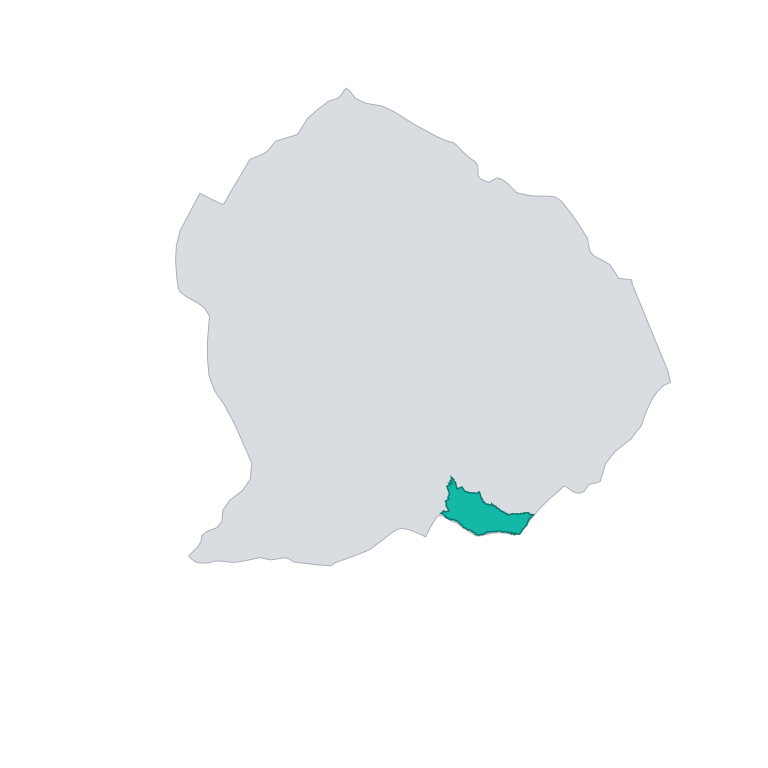 Mangwe, Matabeleland South, Zimbabwe shown in context, rotated 298°
{"feature_id": "62879985B72758591248620", "entity_name": "Mangwe", "entity_type": "district", "adm_level": 2, "iso_a3": "ZWE", "parent_name": "Zimbabwe", "parent_adm1": "Matabeleland South", "projection": "natural_earth1", "projection_center": [28.025, -21.012], "detail": "fine", "context": "in_parent", "style": "filled", "palette": "teal", "viewbox_px": 768, "rotation_deg": 298, "n_neighbors": 0, "source": "geoboundaries", "source_scale": "gbopen_adm2", "svg_char_len": 7733}
<svg xmlns="http://www.w3.org/2000/svg" viewBox="0 0 768 768"><g transform="rotate(298 384 384)"><path d="M520.0,636.1L514.4,631.8L506.6,629.1L496.8,627.8L483.9,628.3L468.2,630.7L451.3,627.8L433.2,619.8L418.2,617.0L400.3,620.5L399.5,620.6L396.4,617.9L391.5,612.0L383.3,611.0L381.1,609.6L379.3,607.5L378.1,604.7L377.7,601.6L379.0,592.0L378.3,590.9L376.1,589.8L371.6,588.6L360.9,584.2L347.3,580.0L325.3,575.4L316.8,574.2L314.8,572.8L312.3,569.2L308.1,558.2L304.1,550.9L294.6,539.7L293.1,536.2L293.6,527.3L294.3,520.1L295.3,514.0L294.8,508.2L294.7,501.1L295.0,496.4L293.7,494.3L290.3,492.9L280.5,492.2L268.6,492.5L268.3,485.3L267.1,474.1L264.9,467.6L262.2,464.3L256.7,460.8L245.7,456.0L230.6,448.8L217.8,438.0L203.0,424.6L198.4,422.3L192.9,409.7L184.6,388.2L185.1,381.1L183.8,377.6L175.8,367.0L174.0,361.5L172.5,356.0L159.6,340.5L155.3,333.8L151.9,325.1L148.6,318.2L145.8,315.4L142.1,310.6L139.5,305.3L138.4,301.2L139.3,295.9L140.5,292.2L152.7,296.0L159.4,296.3L164.6,294.4L171.1,297.0L178.8,304.0L187.2,305.3L196.3,301.0L208.5,302.3L224.0,309.2L236.8,310.7L252.0,304.5L265.6,287.3L278.3,271.2L290.9,252.5L298.5,237.5L309.6,225.3L324.3,215.8L339.2,207.9L362.1,198.1L366.7,190.1L368.2,181.3L368.2,169.1L369.4,161.2L371.8,157.6L375.6,154.8L380.5,151.1L395.6,141.8L408.3,135.9L423.7,132.0L440.5,132.0L456.7,131.9L466.0,131.9L466.1,143.6L466.7,156.9L468.5,158.1L480.7,158.4L500.3,159.4L519.2,160.2L531.2,169.8L535.2,171.9L547.7,174.4L563.6,190.4L582.9,191.9L596.1,196.9L607.7,202.4L614.4,209.0L618.7,210.5L624.6,211.0L627.4,211.6L626.7,216.3L622.8,224.3L623.2,235.8L628.5,251.8L629.1,265.6L627.3,290.1L627.2,313.7L627.7,322.2L628.5,327.8L629.6,330.9L629.4,334.4L626.1,344.3L623.5,354.8L623.4,359.0L622.3,361.9L620.4,364.5L612.0,369.3L610.6,372.3L610.6,377.7L611.6,382.3L614.7,384.0L618.5,386.5L619.9,389.9L619.9,393.5L618.7,400.2L615.2,411.2L618.5,423.8L622.2,432.0L627.3,441.5L629.4,447.3L629.2,451.6L628.4,455.6L620.5,473.0L614.9,483.7L608.0,495.3L598.9,502.5L596.5,506.0L595.6,510.0L595.8,518.6L595.4,527.7L587.5,541.6L592.2,553.6L591.1,554.7L588.5,556.4L577.4,569.9L566.1,583.5L557.8,593.5L548.4,604.8L537.9,617.5L528.9,628.4L520.0,636.1Z" fill="#d9dde1" stroke="#a8b0b8" stroke-width="1"/><path d="M309.4,493.2L307.9,495.2L305.6,496.0L304.1,498.7L302.5,501.0L300.4,498.8L299.6,498.1L300.1,496.2L296.5,495.0L296.9,495.8L296.9,496.2L296.8,496.5L297.0,497.2L296.8,497.5L296.7,497.7L296.8,497.9L296.9,498.2L296.6,498.6L296.5,499.0L296.2,499.4L296.2,499.5L296.4,499.7L296.4,499.9L296.3,500.1L296.2,500.3L295.9,500.4L295.9,500.9L295.7,501.1L295.3,501.6L295.4,503.1L295.4,503.3L295.6,503.3L295.4,503.8L295.4,504.0L295.3,504.3L295.3,504.6L295.4,504.9L295.3,505.2L295.3,505.5L295.5,506.2L295.5,506.3L295.4,506.4L295.6,506.8L295.8,506.9L295.9,507.4L296.1,507.3L296.1,507.8L296.7,508.4L296.6,508.5L297.0,508.9L297.0,509.1L297.2,509.3L297.0,509.7L296.9,509.9L297.1,510.0L296.8,510.3L296.8,510.5L296.9,511.2L297.0,511.4L297.1,511.5L297.1,511.8L297.2,512.0L297.0,512.4L297.2,512.9L297.3,513.3L297.3,513.5L297.3,514.0L296.8,514.6L296.7,515.0L296.7,515.3L296.6,515.6L296.5,515.8L296.4,516.2L296.4,516.9L296.1,517.6L296.0,518.3L295.9,518.5L296.1,519.1L295.9,519.5L295.7,520.0L295.2,520.6L294.9,520.9L294.7,521.3L294.6,522.2L295.0,523.3L295.1,524.3L294.8,524.7L294.9,525.2L294.8,525.7L294.4,526.3L294.8,526.9L294.9,527.3L295.3,527.6L295.7,528.2L295.6,528.9L295.2,529.6L295.2,529.9L295.2,530.8L295.4,531.1L295.5,531.3L295.4,531.4L294.9,531.5L294.8,531.8L295.1,532.3L295.0,532.7L295.2,533.0L295.1,533.5L295.3,534.2L295.0,534.7L294.2,535.0L294.2,535.3L294.4,535.8L294.4,536.3L294.8,537.0L294.8,537.4L294.7,537.6L294.7,537.8L295.0,538.0L295.0,538.6L295.2,538.8L295.3,539.0L295.9,539.3L296.0,539.5L296.1,539.8L296.6,540.0L296.8,540.4L296.9,540.7L297.1,541.2L297.7,541.7L298.0,541.8L298.2,542.5L298.4,542.7L298.7,542.9L299.5,542.9L300.0,543.2L300.1,543.3L300.2,543.8L300.6,544.6L300.9,544.6L301.5,544.3L302.0,545.0L302.4,545.5L302.2,546.0L302.6,546.2L302.9,546.5L303.1,546.7L303.2,547.2L303.6,547.9L304.1,548.5L304.4,548.8L304.9,549.3L305.0,549.6L305.2,550.1L305.4,550.5L305.6,551.3L306.3,552.1L306.6,552.2L306.6,552.7L306.7,553.0L306.9,553.2L307.6,553.6L307.9,553.9L308.7,555.5L308.9,556.0L308.7,556.8L308.8,557.4L308.8,558.3L309.6,559.5L310.2,560.1L310.5,560.4L310.7,561.1L311.2,562.1L311.2,562.4L311.2,562.6L310.8,563.1L310.8,563.4L311.0,563.7L311.6,564.1L311.8,564.3L312.2,565.2L312.7,565.5L312.4,565.8L311.8,565.6L311.6,565.7L311.4,566.0L311.2,566.5L311.2,566.8L311.4,567.0L312.4,567.1L312.9,567.5L312.9,567.8L312.4,568.1L312.2,568.3L312.2,568.6L312.4,568.9L312.5,569.1L312.1,569.6L312.1,569.8L312.4,570.3L312.6,570.4L312.9,569.9L313.1,569.8L313.4,569.9L314.2,569.8L314.2,570.0L313.7,570.5L313.7,570.8L313.7,571.0L314.3,571.7L314.5,572.6L314.4,572.9L315.1,574.1L315.4,574.3L316.2,574.3L317.1,574.6L318.2,574.5L319.0,574.8L319.3,574.8L319.8,574.5L320.1,574.5L321.3,574.9L321.6,575.1L322.3,575.2L323.0,575.5L324.6,575.7L326.3,576.3L326.7,576.3L328.0,576.0L328.5,576.0L329.6,575.8L331.9,575.5L332.1,575.3L332.3,575.3L332.7,575.5L333.3,575.8L334.3,575.9L335.2,576.1L335.7,576.6L335.9,576.6L336.6,576.4L337.0,576.5L337.5,576.6L337.9,576.8L338.3,577.4L338.6,577.5L338.6,577.3L338.7,577.1L338.4,576.2L338.3,575.7L338.2,575.6L337.8,575.7L337.5,575.5L337.3,575.1L337.2,574.3L337.0,573.8L337.0,573.6L337.1,573.4L337.7,573.3L338.0,573.2L338.0,572.9L337.9,572.1L338.1,571.7L338.0,571.4L337.6,570.9L337.4,570.4L336.7,569.9L336.5,569.6L336.3,569.3L336.3,568.7L336.2,568.2L335.6,568.2L335.1,568.1L334.9,567.8L334.7,567.4L334.3,566.8L334.2,566.4L334.2,566.1L334.0,565.7L333.7,565.5L333.3,565.4L333.1,565.3L332.9,564.9L332.8,564.5L332.6,564.2L332.1,563.9L332.0,563.7L332.0,563.1L331.8,562.9L331.7,562.6L331.8,562.2L331.8,561.9L331.6,561.8L331.2,562.0L331.0,561.3L330.7,561.0L330.6,560.7L330.3,560.1L330.2,559.0L330.2,558.9L329.6,558.2L329.0,557.8L328.8,557.3L328.3,556.9L327.9,556.5L327.5,555.6L326.7,555.4L326.4,555.0L326.3,554.8L326.3,554.5L326.7,553.7L327.0,553.6L327.3,553.2L327.0,552.5L326.8,551.9L326.5,551.4L326.5,551.2L326.9,550.9L326.7,550.5L326.7,550.4L327.2,549.9L327.1,549.7L326.7,549.3L327.0,548.9L326.9,548.1L327.1,547.7L327.2,547.3L327.1,546.8L326.8,546.5L326.7,546.1L326.8,545.6L326.9,545.4L327.5,544.9L327.8,544.2L327.8,543.5L327.6,542.9L327.7,542.4L327.6,542.2L327.3,541.8L327.6,541.5L327.6,541.1L328.0,540.9L328.3,540.7L328.5,540.3L328.4,540.2L328.5,540.0L328.3,539.6L328.3,539.3L328.2,539.1L327.9,538.9L327.8,538.5L327.8,538.4L328.0,538.4L328.2,538.2L328.1,537.6L328.2,537.4L328.1,537.1L327.9,537.1L328.0,536.9L327.9,536.4L328.2,536.3L328.6,536.2L328.5,535.9L328.7,535.4L328.3,535.6L326.7,534.8L326.9,533.3L326.2,531.1L326.1,530.9L325.9,530.8L325.8,530.7L325.7,530.2L325.8,529.9L325.9,529.5L326.3,528.8L326.7,528.5L326.7,528.2L326.7,527.9L326.4,527.6L326.6,527.5L326.7,527.1L326.8,527.0L326.9,526.7L326.9,526.4L327.1,526.2L327.2,525.9L327.6,525.8L327.8,525.6L327.9,525.2L328.1,524.8L328.7,524.6L328.9,524.4L328.8,524.0L328.8,523.7L329.1,523.3L333.4,519.0L333.2,518.6L333.0,518.4L333.0,518.1L332.7,518.1L332.0,518.4L331.9,518.4L331.5,518.2L331.4,518.1L331.0,517.3L330.6,516.4L330.6,516.0L330.4,515.5L330.2,514.9L329.9,514.4L329.9,514.0L329.8,513.9L329.5,513.7L329.4,513.5L329.2,513.1L329.2,512.8L328.8,512.3L328.5,511.7L328.5,511.4L328.3,511.1L328.0,509.8L327.9,509.5L327.8,508.8L327.7,508.5L327.7,508.0L327.5,507.5L327.6,507.2L327.3,506.9L327.3,505.5L329.7,501.1L325.5,497.9L326.4,497.0L326.6,497.0L328.1,495.4L330.7,493.3L330.9,491.2L332.7,490.2L332.9,488.6L333.3,487.1L331.3,488.6L329.7,488.1L329.4,487.9L328.7,489.3L327.9,490.5L327.7,489.1L326.8,487.7L325.7,489.6L323.3,487.5L320.4,490.6L318.6,492.8L318.3,493.0L317.4,493.4L317.2,493.4L313.9,493.7L313.4,494.1L312.5,495.3L309.4,493.2Z" fill="#14b8a6" stroke="#0f766e" stroke-width="1.5"/></g></svg>